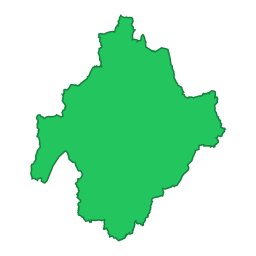 Central Otago District, Otago, New Zealand
{"feature_id": "76426892B81213624592516", "entity_name": "Central Otago District", "entity_type": "district", "adm_level": 2, "iso_a3": "NZL", "parent_name": "New Zealand", "parent_adm1": "Otago", "projection": "albers", "projection_center": [169.453, -45.131], "detail": "fine", "context": "isolated", "style": "filled", "palette": "green", "viewbox_px": 256, "rotation_deg": 0, "n_neighbors": 0, "source": "geoboundaries", "source_scale": "gbopen_adm2", "svg_char_len": 5734}
<svg xmlns="http://www.w3.org/2000/svg" viewBox="0 0 256 256"><path d="M120.8,15.4L119.4,18.2L119.6,19.6L118.2,21.2L118.5,22.8L119.0,23.0L119.0,23.4L118.1,24.3L118.1,25.3L117.8,24.9L115.8,27.4L114.7,32.0L112.9,31.5L110.9,31.7L106.9,32.7L105.1,33.9L102.0,34.1L101.5,33.7L99.0,34.0L98.8,34.9L99.0,36.1L98.5,37.0L99.1,37.7L100.5,38.0L99.8,39.8L99.7,41.2L100.8,42.9L101.0,45.2L101.8,45.9L101.7,46.9L100.6,47.9L99.2,48.5L99.1,49.4L99.3,50.5L98.4,52.3L98.3,53.1L99.5,55.6L99.8,60.1L100.3,60.2L100.4,60.8L101.1,61.4L100.9,63.0L101.2,63.8L100.8,65.2L101.8,66.2L101.7,66.5L100.6,66.8L99.8,66.3L99.1,66.8L96.8,66.8L97.1,66.4L96.8,65.9L95.1,67.1L94.7,66.6L94.6,67.0L93.1,67.3L90.2,72.6L89.3,74.8L89.3,75.8L87.4,76.8L87.5,78.3L80.3,83.8L79.5,85.4L78.4,85.2L77.8,85.8L77.1,85.8L75.7,84.9L74.8,85.2L71.1,84.6L70.1,85.9L69.6,87.7L68.4,88.4L68.1,89.4L66.2,90.2L65.3,89.4L64.2,89.7L63.8,91.0L64.3,92.2L63.8,93.1L64.0,93.4L63.6,93.5L63.3,94.5L62.3,94.4L63.2,95.9L62.4,100.9L65.0,104.6L65.6,106.8L64.9,107.5L65.0,108.8L64.6,109.5L62.9,110.5L62.6,111.7L62.0,112.3L63.0,115.4L62.6,116.5L60.8,116.9L56.6,114.8L55.6,115.9L54.4,116.4L51.7,116.8L48.7,116.5L46.3,117.0L45.6,117.8L44.2,118.5L43.0,117.1L40.8,116.6L40.4,115.1L40.0,114.9L37.9,115.2L37.0,116.7L36.5,118.3L38.1,120.4L38.2,121.0L37.8,121.7L38.1,123.1L37.5,123.4L37.2,124.3L37.4,126.3L37.2,127.7L38.6,129.0L39.0,129.9L38.3,130.5L38.6,131.7L38.3,132.1L38.4,133.4L37.5,134.2L37.6,134.8L37.0,136.5L38.7,137.4L39.7,141.2L39.6,142.7L39.9,143.3L39.4,144.2L40.2,145.4L40.2,145.9L40.0,147.4L37.4,150.6L36.5,154.1L35.8,155.3L35.8,159.7L35.4,160.6L34.2,162.0L33.9,163.2L32.9,164.1L31.8,164.4L31.3,165.5L31.2,166.3L31.5,167.0L31.3,168.0L31.6,169.0L31.3,170.0L31.5,171.4L30.9,173.2L31.5,176.1L32.0,176.8L32.1,178.8L34.1,178.3L37.5,180.3L37.6,179.5L38.1,178.9L40.8,178.0L41.5,179.0L41.4,181.3L44.7,183.0L47.0,180.8L53.0,165.9L59.1,156.6L65.2,151.0L66.1,151.2L68.1,153.7L67.9,154.5L68.4,155.7L69.2,159.3L72.7,162.2L74.9,162.4L75.6,164.1L75.4,164.8L77.2,168.1L77.5,169.3L78.7,170.9L80.5,170.6L82.0,172.9L82.2,175.2L81.0,177.8L79.8,178.7L77.7,179.1L77.8,181.2L77.2,182.2L75.6,183.3L75.5,183.9L76.7,185.1L76.8,186.6L78.6,188.6L78.3,190.0L79.1,190.9L78.7,192.3L77.8,193.1L77.8,194.1L77.4,194.2L77.7,194.4L77.3,194.7L77.6,194.9L77.4,195.1L78.0,195.6L77.7,195.9L77.8,196.5L77.2,197.2L77.8,197.4L77.9,198.1L78.8,198.5L79.6,199.8L80.7,200.3L80.4,202.0L79.2,202.4L78.0,203.9L78.4,205.9L79.1,206.7L78.6,207.3L78.8,208.2L78.3,209.0L78.9,209.8L78.1,210.5L78.4,211.3L77.9,212.6L78.4,213.3L78.4,214.9L80.6,215.6L82.4,217.3L83.6,217.5L83.7,218.6L85.7,221.2L89.1,220.4L89.5,220.9L89.6,221.9L90.1,222.4L91.2,222.1L91.4,220.0L95.6,220.5L98.9,219.9L101.7,220.6L104.5,219.7L104.5,221.2L104.1,222.1L104.6,224.1L104.0,225.8L104.3,226.2L104.2,227.0L103.5,229.0L104.1,229.3L105.5,228.8L106.2,228.1L108.4,231.5L108.2,233.0L108.5,234.0L109.6,234.3L109.6,236.9L111.9,236.1L113.0,236.4L113.8,237.9L115.9,238.0L118.4,240.6L119.3,240.5L119.6,240.0L121.1,239.9L121.4,239.4L122.2,239.3L122.3,239.0L124.4,238.3L124.2,238.0L125.0,237.5L125.6,236.7L125.7,235.9L126.0,235.8L125.6,235.3L126.4,234.9L126.6,234.4L127.1,234.7L128.7,233.5L129.6,233.9L129.6,233.3L130.1,233.9L132.1,233.4L132.7,232.5L132.5,231.6L133.0,230.3L132.8,230.1L133.3,229.5L133.2,229.0L134.3,226.8L134.8,224.1L134.5,222.8L135.6,220.9L135.9,220.8L135.7,221.6L136.7,223.2L137.8,223.1L138.0,223.8L140.4,223.4L140.8,224.4L142.2,225.0L142.4,225.5L143.2,225.3L143.4,224.8L142.9,224.3L143.5,223.4L143.3,222.7L144.6,221.8L144.9,220.5L145.3,220.2L145.3,218.6L145.8,217.8L148.0,216.8L148.2,215.8L147.7,215.5L147.7,214.7L149.8,212.5L149.6,210.9L150.6,209.1L150.5,207.8L150.8,207.4L150.5,206.1L150.8,205.0L151.4,204.7L151.7,202.6L152.5,201.6L151.7,200.8L151.9,199.1L153.2,198.0L155.3,197.2L157.5,197.1L161.6,195.6L162.6,196.0L163.5,192.9L163.5,191.6L163.1,191.0L162.7,188.6L165.6,189.0L171.2,186.9L171.7,186.7L172.2,185.8L172.9,185.5L174.1,186.5L174.3,186.0L177.0,185.3L181.0,179.4L182.0,176.6L183.6,174.2L186.1,172.1L188.5,169.5L188.7,167.4L187.6,164.9L191.8,160.8L192.5,158.9L192.5,158.2L195.4,151.7L195.4,150.5L198.9,149.3L199.0,145.5L203.4,144.7L203.8,144.7L203.9,145.9L210.3,145.9L210.3,147.0L210.6,147.0L212.0,146.0L213.3,146.4L213.7,147.1L214.5,146.8L214.1,146.0L215.0,146.0L215.0,144.8L216.7,143.8L218.4,142.1L218.2,140.3L216.2,137.9L217.4,137.4L217.8,136.2L218.4,135.7L220.7,136.5L221.8,136.0L222.3,133.9L224.6,131.1L224.1,130.2L225.1,129.2L224.6,128.3L223.3,128.3L221.0,127.3L220.5,126.1L221.2,125.8L221.5,123.9L220.3,122.4L220.4,120.4L218.9,119.9L219.0,119.1L218.2,118.1L218.4,117.1L217.0,116.0L216.4,113.1L214.8,110.5L215.1,108.3L214.6,105.3L217.3,102.4L217.2,100.4L217.7,99.1L216.9,97.1L215.9,96.9L214.9,97.6L215.1,95.7L215.5,95.1L215.1,91.7L214.0,91.1L211.5,90.9L209.8,92.1L209.4,93.6L208.2,92.7L206.0,93.9L205.2,93.6L204.5,93.9L203.6,93.4L203.0,94.0L202.4,95.4L200.5,96.0L198.7,96.0L197.5,96.7L194.7,97.2L193.4,97.8L191.4,97.0L190.5,97.3L189.4,96.9L189.0,97.0L188.2,98.0L187.1,97.9L185.1,96.8L184.1,94.7L182.2,94.0L182.9,92.8L183.7,92.2L182.3,90.1L181.7,87.4L177.8,85.2L177.4,83.4L176.4,82.8L175.7,80.8L174.0,77.7L173.9,77.0L174.2,75.0L173.6,71.3L172.5,69.0L172.1,66.1L170.9,64.3L170.1,58.5L167.9,49.4L161.7,47.8L155.2,51.8L153.0,51.3L153.5,51.0L151.6,50.6L145.7,46.8L145.6,43.4L146.0,42.4L144.9,40.4L144.7,38.1L143.6,35.5L142.9,34.6L141.5,36.0L140.8,40.1L140.3,40.6L138.9,40.6L137.5,41.4L137.9,40.6L137.1,40.0L134.3,39.3L132.3,39.7L132.7,37.9L132.3,36.2L132.6,35.3L132.3,34.6L132.8,33.9L132.9,33.0L133.8,31.4L135.0,30.0L133.7,29.7L133.1,29.0L133.1,28.2L133.4,27.3L132.0,25.8L131.6,24.2L131.6,23.7L132.4,23.1L133.1,20.8L132.4,19.2L132.5,18.3L131.5,17.7L129.3,17.4L127.9,17.8L126.6,17.1L124.5,17.6L122.2,16.8L120.8,15.4Z" fill="#22c55e" stroke="#15803d" stroke-width="1.5"/></svg>